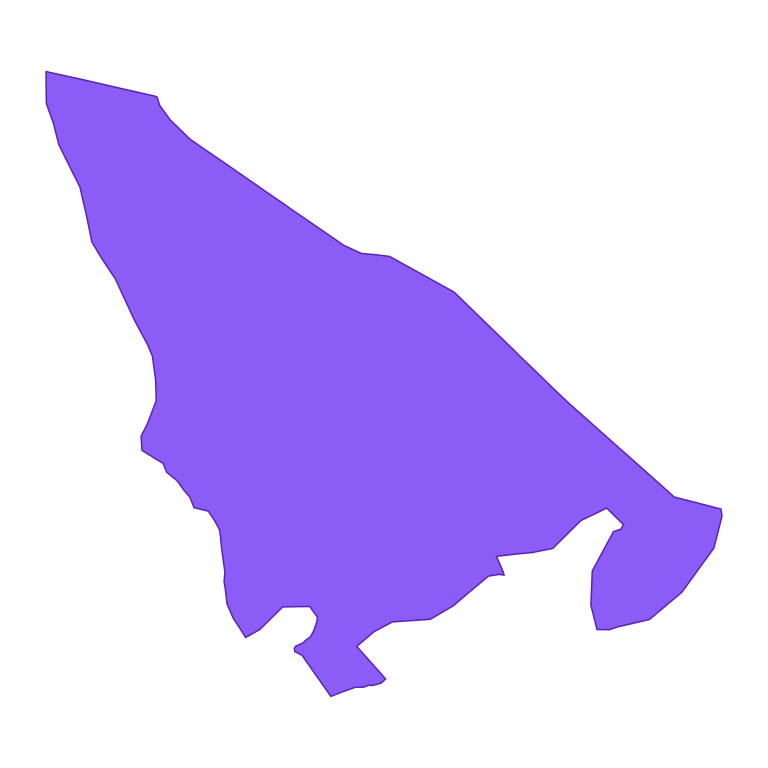 Mai'Adua, Katsina, Nigeria
{"feature_id": "59680162B73440349718888", "entity_name": "Mai'Adua", "entity_type": "district", "adm_level": 2, "iso_a3": "NGA", "parent_name": "Nigeria", "parent_adm1": "Katsina", "projection": "mercator", "projection_center": [8.237, 13.149], "detail": "fine", "context": "isolated", "style": "filled", "palette": "violet", "viewbox_px": 768, "rotation_deg": 0, "n_neighbors": 0, "source": "geoboundaries", "source_scale": "gbopen_adm2", "svg_char_len": 1818}
<svg xmlns="http://www.w3.org/2000/svg" viewBox="0 0 768 768"><path d="M683.0,590.7L702.0,564.4L703.9,561.8L710.3,553.0L713.9,548.0L721.8,517.0L721.9,514.9L720.9,509.0L707.9,505.7L674.2,497.0L646.5,472.2L631.1,458.5L618.7,447.6L606.7,436.9L599.0,430.1L582.9,415.7L569.8,404.1L556.3,391.4L549.1,384.4L533.2,368.9L519.7,356.0L512.4,348.7L496.9,333.7L454.2,292.2L431.5,279.6L389.5,256.4L374.2,254.6L361.1,253.4L343.5,245.2L328.7,234.9L317.9,227.5L291.5,209.4L285.9,205.4L278.1,200.0L272.9,196.5L259.4,187.1L237.7,172.1L228.7,165.8L204.7,149.4L189.9,139.1L170.3,120.0L159.7,105.5L157.2,97.2L155.2,96.2L142.7,93.4L117.6,87.7L86.1,80.4L46.1,71.6L46.1,83.9L46.4,103.6L53.3,122.9L58.9,144.8L72.9,173.1L79.9,186.9L86.2,214.3L90.7,236.1L91.9,242.1L101.7,258.4L115.3,278.8L134.4,320.1L147.6,344.6L152.4,356.1L155.7,380.5L156.2,400.8L147.2,424.2L141.1,436.3L142.0,450.4L156.0,459.1L163.1,463.3L166.6,472.2L177.1,480.7L183.7,489.9L190.0,497.4L194.0,507.6L208.3,511.2L214.1,519.8L219.5,529.6L220.7,538.0L221.3,545.9L222.9,557.5L224.9,572.1L224.1,581.9L225.4,589.8L227.1,604.1L233.3,618.3L240.9,629.9L245.6,637.5L259.8,629.5L282.7,606.9L309.7,606.5L317.5,617.3L316.6,622.7L313.9,630.4L310.4,636.9L306.9,639.3L302.6,643.1L295.8,646.1L294.3,648.4L294.8,651.6L302.3,655.4L305.7,660.6L330.9,696.4L341.9,692.0L355.4,687.2L363.6,687.2L368.5,685.3L371.8,685.4L373.0,685.4L380.9,683.2L383.1,681.4L385.6,678.9L356.7,646.4L374.2,631.6L392.4,621.9L430.2,619.3L453.1,605.9L468.5,592.8L488.4,576.1L499.3,574.4L504.0,575.1L503.3,572.2L502.4,570.1L501.4,567.6L500.5,565.4L498.8,561.6L496.4,556.3L513.2,554.4L532.3,552.5L552.8,548.4L580.8,520.6L606.7,508.1L623.5,524.6L620.9,529.2L613.5,531.6L592.3,570.9L590.9,605.2L597.0,629.5L609.5,629.7L617.5,626.9L649.4,619.5L681.9,592.2L683.0,590.7Z" fill="#8b5cf6" stroke="#5b21b6" stroke-width="1.5"/></svg>